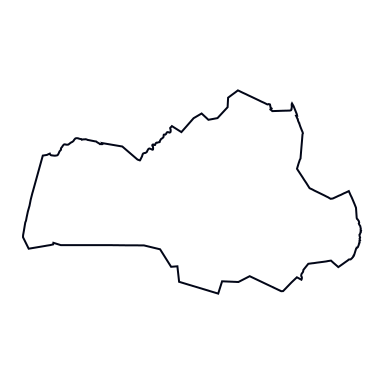 Siltepec, Chiapas, Mexico
{"feature_id": "50627088B9123326628132", "entity_name": "Siltepec", "entity_type": "district", "adm_level": 2, "iso_a3": "MEX", "parent_name": "Mexico", "parent_adm1": "Chiapas", "projection": "mercator", "projection_center": [-92.403, 15.558], "detail": "fine", "context": "isolated", "style": "outline", "palette": "ink", "viewbox_px": 384, "rotation_deg": 0, "n_neighbors": 0, "source": "geoboundaries", "source_scale": "gbopen_adm2", "svg_char_len": 4989}
<svg xmlns="http://www.w3.org/2000/svg" viewBox="0 0 384 384"><path d="M218.2,293.6L222.1,281.3L238.4,282.0L249.3,276.4L249.7,276.2L281.2,291.2L283.1,291.1L291.5,282.4L295.2,278.9L296.9,277.3L301.4,279.7L301.8,278.8L301.9,277.7L301.7,276.8L301.3,276.2L301.2,275.5L301.3,274.9L301.5,274.1L301.9,273.4L302.5,272.7L302.9,272.1L303.2,271.2L303.4,269.9L308.3,263.8L312.0,263.3L313.9,263.1L317.2,262.6L318.9,262.4L321.9,262.0L323.5,261.8L327.0,261.3L327.1,261.2L329.0,260.9L331.0,260.6L333.4,262.8L337.1,266.0L338.3,267.1L342.6,264.1L345.1,262.3L348.1,260.2L348.6,259.6L349.8,259.4L350.6,259.4L352.0,258.2L352.4,257.6L352.9,257.2L353.2,256.6L353.2,256.3L353.6,256.1L353.8,255.3L354.0,255.3L354.3,254.5L356.1,248.7L356.6,248.3L356.7,248.0L356.7,247.6L357.3,247.5L357.8,247.2L358.6,245.3L358.7,245.0L358.9,244.0L359.2,243.7L359.1,243.3L359.3,242.7L359.6,242.5L359.6,242.2L359.6,241.8L359.4,241.0L360.1,240.3L359.8,239.8L359.7,239.4L359.7,239.1L359.6,238.6L360.1,237.8L360.1,237.4L359.9,237.1L359.8,236.6L359.7,236.3L359.5,235.8L359.6,235.1L359.5,234.6L360.0,234.0L360.2,233.5L360.3,233.1L360.4,232.8L360.5,232.7L360.9,232.0L360.9,231.9L360.6,231.7L360.8,231.2L360.9,230.8L361.0,230.6L360.7,230.4L360.8,230.0L360.8,229.8L360.6,229.4L360.8,228.6L360.4,227.0L360.3,226.2L359.8,225.4L359.6,225.1L359.3,224.7L359.2,224.5L358.8,223.4L359.1,223.0L359.2,222.6L358.8,221.1L357.5,219.2L357.1,219.0L356.7,218.0L356.0,207.8L354.5,204.0L352.6,199.5L351.7,197.4L350.6,195.2L348.8,191.1L346.1,192.4L344.0,193.3L340.8,194.9L338.6,195.8L336.3,196.9L332.8,198.5L330.6,198.8L328.9,197.8L328.1,197.3L326.4,196.5L324.7,195.6L320.4,193.5L317.1,191.9L314.4,190.6L312.4,189.5L309.6,188.2L308.5,186.5L306.3,183.0L304.2,179.9L302.7,177.5L300.4,174.0L297.9,170.2L297.0,168.8L298.5,163.7L299.9,159.6L300.5,158.6L301.0,152.5L301.5,146.5L302.0,140.6L302.5,134.3L302.9,133.3L302.6,132.2L301.6,129.8L300.5,127.0L300.4,126.8L299.4,123.9L299.3,123.4L299.2,123.4L298.0,120.6L297.8,119.3L297.7,119.3L297.0,117.8L296.4,116.4L296.1,115.8L297.1,115.7L296.8,114.9L296.9,114.5L296.6,113.7L293.6,106.2L292.0,103.4L291.8,103.8L291.7,104.4L291.7,104.8L291.7,105.4L291.7,105.8L291.8,106.4L291.8,106.8L291.7,108.0L291.5,108.5L291.5,109.4L291.0,110.2L290.6,110.4L290.1,110.5L289.7,110.5L289.4,110.6L289.0,110.6L288.8,110.6L284.6,110.7L281.2,110.8L278.7,110.9L275.4,111.0L272.3,111.1L271.9,110.7L271.6,110.4L271.3,110.2L270.8,109.8L270.4,109.5L270.7,108.9L270.9,108.7L271.4,108.6L271.6,108.5L271.5,108.3L271.2,108.1L270.6,107.7L270.6,107.3L270.4,106.7L270.3,105.9L270.1,105.2L270.0,104.5L269.5,104.3L269.2,104.2L268.5,104.1L268.3,104.2L268.0,104.4L267.6,104.4L267.3,104.4L267.1,104.3L264.1,102.8L261.2,101.5L258.8,100.3L257.1,99.5L252.7,97.4L250.8,96.5L248.4,95.4L246.2,94.3L242.7,92.7L239.0,90.9L237.9,90.4L235.4,92.3L231.7,95.0L230.1,96.2L228.1,97.7L227.6,107.2L217.5,118.1L208.4,119.8L206.5,118.0L201.6,113.5L193.6,118.2L185.9,127.0L181.4,132.1L171.9,126.1L171.4,126.7L171.0,127.1L170.7,127.4L170.2,127.9L170.2,128.4L170.6,129.6L170.7,131.0L170.5,132.0L170.1,132.4L169.4,132.6L168.7,132.3L167.8,132.1L166.9,132.4L166.5,133.0L166.2,133.7L165.8,134.2L165.3,134.6L164.6,134.5L163.8,134.7L163.6,135.6L163.6,136.5L163.4,137.2L162.6,138.0L161.9,138.5L161.0,139.1L160.4,140.1L159.9,141.0L159.7,142.0L159.3,142.2L158.8,142.2L158.3,142.3L157.5,142.7L156.7,142.6L156.1,142.9L155.5,143.7L155.3,144.4L155.1,144.9L154.4,145.0L153.5,144.5L152.7,144.6L152.3,145.1L152.3,145.7L152.8,146.4L153.0,146.8L153.1,148.2L153.0,149.4L152.7,149.7L151.9,149.5L151.1,149.1L150.4,148.8L149.3,148.5L148.5,148.9L147.9,149.8L147.3,150.8L147.0,151.7L146.5,152.2L145.5,152.9L144.5,153.0L143.2,153.5L142.7,154.2L142.4,155.1L142.1,156.1L141.9,156.7L141.4,157.5L141.0,158.5L140.6,159.1L140.4,159.6L140.2,160.1L139.9,160.4L137.6,159.6L137.2,159.3L122.3,146.5L102.8,143.2L103.0,143.4L103.0,143.6L102.9,143.8L102.4,144.1L102.1,144.2L101.7,144.2L101.4,144.0L101.0,143.9L100.8,144.0L100.5,144.1L100.1,144.1L99.9,144.1L99.5,143.7L98.9,143.3L97.9,142.7L97.3,142.4L96.2,141.5L94.8,141.3L88.2,140.0L87.9,140.0L87.4,139.8L86.7,139.5L85.7,139.2L85.2,139.3L84.3,139.3L83.3,139.4L82.2,139.5L81.9,139.7L81.4,139.1L80.8,139.1L78.8,138.6L78.1,138.3L77.2,138.2L76.4,138.2L75.8,138.3L75.2,138.6L74.9,139.0L74.2,139.7L73.8,140.5L73.2,141.2L72.3,141.9L71.4,142.3L70.2,143.1L69.2,143.9L68.5,144.5L67.6,144.7L66.4,144.7L65.4,144.5L64.9,144.3L64.1,144.5L63.8,144.6L63.1,145.4L62.7,145.9L62.2,146.8L61.3,147.8L60.9,148.8L61.0,149.7L60.3,150.5L59.5,151.4L59.1,152.3L58.6,153.5L57.8,154.9L57.0,155.4L55.7,155.6L54.8,155.7L53.7,155.6L51.3,155.3L50.8,155.1L50.1,154.4L49.8,153.6L48.2,154.3L47.0,154.9L42.8,155.6L32.8,191.7L32.4,193.0L30.7,199.7L29.5,205.8L27.9,211.4L26.6,217.5L26.0,220.7L25.3,222.4L24.9,224.7L23.9,230.7L23.1,235.1L23.0,237.2L28.7,248.7L44.8,246.0L47.0,245.6L50.2,245.1L53.1,244.4L53.4,242.8L60.7,245.1L80.2,245.1L106.7,245.1L124.9,245.3L126.3,245.3L143.9,245.4L160.1,249.3L171.1,266.8L177.4,266.3L179.1,281.8L189.0,284.8L218.2,293.6Z" fill="none" stroke="#020617" stroke-width="2"/></svg>